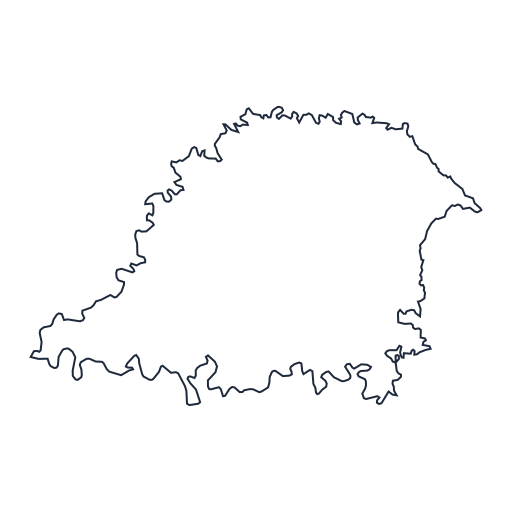 the district of São Joaquim, Santa Catarina, Brazil
{"feature_id": "56859067B96100556004213", "entity_name": "São Joaquim", "entity_type": "district", "adm_level": 2, "iso_a3": "BRA", "parent_name": "Brazil", "parent_adm1": "Santa Catarina", "projection": "natural_earth1", "projection_center": [-50.031, -28.293], "detail": "fine", "context": "isolated", "style": "outline", "palette": "slate", "viewbox_px": 512, "rotation_deg": 0, "n_neighbors": 0, "source": "geoboundaries", "source_scale": "gbopen_adm2", "svg_char_len": 6077}
<svg xmlns="http://www.w3.org/2000/svg" viewBox="0 0 512 512"><path d="M395.7,362.6L392.8,361.6L391.1,358.5L387.1,355.8L385.3,353.3L386.9,351.2L389.4,350.2L396.6,350.2L399.4,345.8L401.4,346.7L400.1,352.4L400.7,355.0L401.7,357.4L403.5,357.8L403.9,353.2L410.7,353.7L411.6,350.9L413.1,349.7L414.6,351.1L414.3,354.7L417.2,354.2L419.5,352.3L425.7,349.9L430.6,348.8L429.5,346.2L422.7,344.9L423.5,341.8L425.9,340.3L425.1,338.5L420.6,337.5L420.8,329.9L418.9,328.4L414.9,329.0L413.1,327.6L412.7,324.9L410.8,323.5L404.7,323.9L398.3,322.3L398.0,315.0L398.1,312.3L400.1,309.9L403.6,313.7L405.5,313.8L406.5,311.4L411.4,309.8L414.2,310.3L415.7,313.2L420.0,316.4L420.6,309.0L418.0,301.6L420.4,301.1L424.4,298.4L425.0,292.6L423.8,290.3L424.2,287.7L423.0,285.0L421.0,285.4L419.5,283.8L419.9,281.3L421.6,280.0L421.4,276.6L420.1,275.1L422.3,270.3L421.2,267.0L423.4,260.2L421.4,259.6L419.7,250.7L420.6,248.3L420.0,245.2L425.1,239.2L427.1,231.0L431.3,223.4L436.0,218.6L438.2,219.0L444.7,216.7L446.6,210.9L452.0,205.3L454.8,206.0L457.9,204.5L460.5,205.5L463.0,208.9L469.8,207.6L475.1,211.7L477.5,212.3L481.3,210.2L480.3,208.2L474.6,203.1L473.0,198.3L465.0,195.4L462.4,189.0L454.8,183.1L451.2,178.7L450.3,176.5L447.7,177.6L446.0,175.4L443.5,175.4L438.6,171.4L438.6,169.0L437.1,167.8L435.4,164.0L433.4,163.8L431.8,162.0L427.9,154.4L418.1,148.9L417.6,146.6L415.2,144.4L412.3,136.2L409.8,136.8L407.4,134.4L406.9,131.3L408.3,126.2L407.5,123.6L404.7,123.1L402.9,123.9L402.4,128.6L395.8,129.3L391.4,127.8L387.6,129.7L386.2,128.1L389.0,124.2L386.5,123.2L376.6,122.5L372.4,123.1L374.2,117.9L372.7,116.6L370.8,117.6L365.8,117.0L364.7,115.0L362.5,113.6L357.7,117.5L357.9,120.1L359.6,123.5L356.9,124.4L354.3,122.5L352.3,114.0L344.4,111.0L342.1,112.8L340.9,115.0L341.7,117.5L339.1,118.8L341.1,121.2L340.7,124.1L336.0,122.8L333.2,120.2L333.0,117.0L327.8,114.0L325.7,117.7L321.9,115.5L319.6,115.2L318.9,118.4L319.7,121.7L318.5,123.8L316.0,122.8L311.9,115.2L308.9,113.4L306.3,114.8L303.4,114.8L299.2,122.5L296.8,118.1L298.2,116.1L296.6,113.4L293.6,111.9L292.1,114.0L292.2,116.6L290.7,118.6L285.1,115.6L282.5,115.3L278.9,118.9L276.9,117.4L276.7,115.2L281.6,112.4L283.1,110.2L281.8,107.8L279.4,106.9L277.6,107.0L273.2,110.0L271.9,111.8L270.5,117.3L268.2,117.4L266.4,115.0L263.9,115.4L263.3,118.3L261.2,117.1L260.2,115.1L253.1,113.9L248.8,108.3L246.7,109.4L245.4,114.2L240.5,116.8L240.8,119.4L247.1,122.6L247.8,125.0L242.8,124.6L240.2,126.2L237.6,125.6L235.9,123.5L234.1,123.9L238.2,132.0L231.4,129.9L225.4,124.4L223.5,124.3L226.7,130.5L225.4,133.3L220.8,134.1L219.6,137.3L214.9,143.8L214.8,145.9L216.2,148.0L217.6,153.2L221.7,159.6L220.2,161.1L217.8,161.4L215.7,158.6L208.5,158.4L206.3,157.5L204.2,155.8L204.6,150.4L202.2,151.2L200.3,156.1L198.3,154.9L196.3,148.0L194.2,147.1L191.8,148.6L188.8,156.2L182.5,160.9L179.5,160.3L176.3,162.4L171.7,161.4L171.1,164.1L171.7,166.3L173.8,167.8L175.4,172.6L180.4,176.7L180.9,179.2L174.4,182.1L176.4,184.9L182.5,186.8L183.5,189.9L180.4,190.3L176.8,194.3L174.9,194.3L171.7,190.7L169.1,189.4L167.6,190.6L167.8,192.7L171.1,196.6L171.3,199.6L169.1,201.6L166.5,201.6L164.5,200.2L162.1,193.3L154.5,193.8L148.8,197.2L145.6,201.4L145.2,204.2L152.3,203.5L153.4,206.1L153.3,213.1L152.4,215.3L148.8,213.4L147.0,215.6L146.8,218.0L147.0,220.3L149.1,220.3L152.6,222.7L153.8,224.9L146.3,231.4L141.4,231.6L139.1,230.3L136.4,231.1L135.2,234.6L135.4,237.9L137.1,243.1L137.4,254.5L139.2,256.0L143.9,257.3L145.2,259.8L145.1,262.3L140.7,263.2L136.6,265.4L131.3,263.5L130.3,265.8L133.4,268.9L134.3,271.2L132.5,272.4L121.7,268.8L117.1,269.9L116.2,272.8L116.6,277.2L118.5,280.3L124.0,282.1L124.0,284.6L121.5,291.6L116.8,296.7L114.7,297.5L110.3,295.0L101.0,299.9L96.0,301.3L93.5,305.3L91.0,307.6L82.4,310.7L82.2,313.6L84.3,318.0L82.9,320.2L80.0,321.3L67.7,319.4L64.0,320.0L61.8,314.0L58.8,313.4L56.7,314.8L53.7,319.3L52.2,324.0L50.4,326.0L43.7,327.3L40.4,329.9L39.7,332.9L41.6,342.1L40.6,350.4L39.2,351.8L37.0,350.9L33.9,351.2L30.7,357.0L38.5,358.9L47.6,358.7L49.3,364.1L50.8,366.2L54.3,368.0L56.4,367.7L57.9,365.7L58.6,357.0L61.6,351.6L63.2,349.4L66.9,348.4L68.8,348.8L72.6,351.8L75.3,357.3L72.7,370.5L72.8,375.9L75.5,379.4L77.7,379.9L81.3,377.2L81.8,374.9L81.4,369.7L79.8,364.8L80.8,362.2L86.5,358.8L89.4,358.7L95.6,361.5L102.0,361.8L103.6,363.2L106.8,369.2L109.2,371.6L121.1,375.2L128.9,370.6L133.1,369.3L132.0,367.6L127.9,367.6L125.8,366.5L127.2,363.5L134.2,355.9L136.2,355.0L138.8,358.7L139.3,363.6L142.2,374.3L143.5,376.5L149.7,379.8L152.0,379.8L153.7,378.5L159.0,371.8L161.0,366.5L162.7,365.8L171.0,372.8L175.8,372.2L178.2,373.3L185.0,386.2L186.4,390.9L187.0,403.7L189.4,405.1L198.3,403.7L200.1,402.2L196.0,389.5L190.3,383.2L187.5,378.7L188.4,376.8L190.3,376.4L194.5,378.0L195.8,375.7L195.7,370.5L197.1,368.1L200.1,365.7L206.8,363.5L207.6,360.6L205.9,356.9L208.0,355.4L214.9,361.7L217.0,366.3L215.5,372.2L207.9,380.4L208.0,386.6L209.2,389.1L211.1,389.3L218.9,387.2L220.9,389.3L223.0,396.2L225.1,395.8L229.5,388.9L232.1,387.0L234.5,387.4L239.7,392.1L242.5,392.0L244.1,390.3L249.8,389.1L253.1,389.3L259.3,392.2L261.6,391.5L268.1,387.4L269.4,382.5L269.7,376.9L271.9,372.0L273.5,370.9L275.4,370.9L282.9,376.1L289.4,375.6L291.8,374.4L291.5,371.7L290.3,369.1L290.7,367.0L294.5,364.1L299.2,362.5L301.4,363.5L302.2,371.1L303.5,374.1L310.0,369.9L312.4,371.2L313.4,383.8L315.4,387.9L316.0,392.5L317.2,394.1L318.9,393.6L322.3,389.6L326.2,386.7L326.7,383.5L325.4,380.8L321.2,377.2L322.1,374.9L326.1,372.0L328.6,371.5L334.0,377.3L341.7,381.1L344.0,381.1L348.3,379.7L350.2,378.1L350.5,376.0L349.8,374.1L345.1,366.7L346.8,364.3L349.8,363.8L352.5,367.7L354.2,368.6L361.3,364.3L367.3,364.8L371.0,367.0L369.6,369.3L367.3,370.6L361.0,371.0L359.1,371.9L357.5,374.1L358.7,376.4L365.0,379.2L365.9,381.5L366.0,385.4L365.1,388.7L362.3,393.6L363.9,398.2L366.1,399.0L377.4,396.2L379.4,397.6L377.1,400.3L376.9,402.7L379.1,404.0L381.5,403.2L388.6,391.5L392.5,394.6L396.6,395.3L394.0,390.6L393.8,386.7L392.5,383.8L392.9,380.7L397.7,379.9L400.9,376.9L401.0,374.7L398.4,373.3L396.7,370.8L395.7,362.6ZM395.7,362.6L398.8,359.1L398.9,356.2L397.3,355.0L395.6,355.7L395.7,362.6Z" fill="none" stroke="#1e293b" stroke-width="2"/></svg>